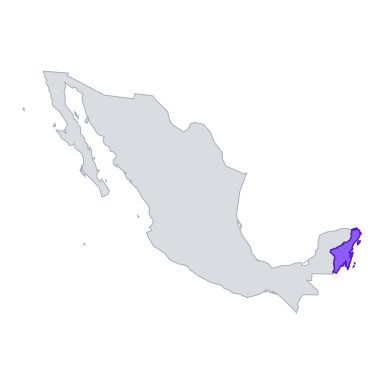 Mexico, with Quintana Roo highlighted
{"feature_id": "MEX-2736", "entity_name": "Quintana Roo", "entity_type": "State", "adm_level": 1, "iso_a3": "MEX", "parent_name": "Mexico", "parent_adm1": "", "projection": "albers", "projection_center": [-87.753, 19.756], "detail": "fine", "context": "in_parent", "style": "filled", "palette": "violet", "viewbox_px": 384, "rotation_deg": 0, "n_neighbors": 0, "source": "natural_earth", "source_scale": "10m", "svg_char_len": 8846}
<svg xmlns="http://www.w3.org/2000/svg" viewBox="0 0 384 384"><path d="M43.4,71.2L68.5,73.2L67.0,75.4L104.3,95.1L133.9,98.9L134.6,93.6L152.9,95.9L155.7,100.0L167.6,111.5L169.8,120.5L171.8,124.0L183.4,131.9L187.5,129.7L191.0,123.7L194.8,122.6L203.5,124.4L210.2,132.0L214.4,142.6L222.2,152.5L222.3,158.4L225.6,165.9L244.0,174.0L246.6,173.0L239.8,191.6L236.5,214.1L237.1,219.0L241.8,225.8L240.5,229.3L241.0,225.7L237.2,220.0L238.2,225.1L242.6,236.1L250.3,246.8L251.9,253.2L257.4,260.0L255.8,259.7L259.1,261.5L258.1,260.5L264.2,261.6L268.5,264.0L272.2,268.3L282.7,265.5L290.3,265.3L295.5,263.0L300.9,262.6L301.9,263.6L301.5,264.9L305.8,265.9L308.8,263.9L308.1,260.6L306.7,261.4L307.0,260.7L315.1,255.3L315.7,250.7L318.0,248.1L318.2,240.8L319.8,235.3L325.9,232.2L336.5,230.6L341.1,228.8L346.3,228.4L354.8,230.3L355.5,229.0L353.2,229.0L356.1,228.1L359.6,230.5L360.2,233.8L358.4,238.2L352.9,244.9L352.6,249.4L349.9,252.1L350.3,253.1L352.8,252.8L350.2,255.6L350.2,256.7L352.0,256.3L348.5,267.6L347.6,268.6L345.8,266.0L345.4,261.8L342.9,266.2L340.3,266.5L337.0,272.3L333.3,272.2L332.9,274.1L311.9,273.7L311.7,280.5L306.9,280.4L318.2,291.1L317.8,294.9L302.8,294.6L297.1,304.1L298.6,306.5L296.5,312.8L286.0,301.7L277.5,294.1L272.3,291.1L271.6,291.8L276.5,294.4L268.9,291.9L269.5,290.2L267.4,290.9L266.2,289.2L264.8,290.9L267.3,291.8L263.4,292.0L259.5,294.3L247.1,297.6L239.4,294.1L232.9,293.0L228.6,289.8L224.2,288.4L221.6,285.4L211.0,282.5L198.1,275.7L189.9,269.6L186.6,265.6L177.7,263.6L169.5,259.6L164.7,253.1L153.7,246.2L148.3,237.5L146.7,232.4L151.6,230.5L151.1,228.4L149.1,227.5L152.5,224.1L153.3,219.6L151.0,217.9L149.0,213.2L149.5,209.1L148.2,205.3L142.2,197.8L137.3,188.9L129.0,180.8L131.4,182.4L131.8,180.9L127.1,178.8L124.2,172.8L126.7,173.3L120.1,168.7L119.4,166.7L116.7,167.1L116.3,166.2L118.6,164.2L115.0,165.5L113.2,163.6L113.2,159.9L116.1,157.0L116.9,157.7L115.6,154.2L113.6,151.8L110.7,151.5L109.2,146.8L105.8,145.3L103.9,143.1L102.9,139.0L104.2,136.6L98.0,134.5L88.7,120.5L88.5,117.5L87.0,116.3L82.1,100.0L82.2,95.2L83.2,93.8L77.5,90.9L76.4,88.3L74.6,87.1L72.3,88.2L64.9,82.3L65.9,85.5L64.0,91.1L65.1,96.0L65.3,104.9L72.5,113.9L74.4,119.5L75.7,119.5L76.1,121.1L77.3,121.5L78.0,125.1L80.2,126.4L80.6,133.7L84.4,137.9L85.3,142.1L87.1,143.7L87.9,148.7L89.5,150.1L89.0,146.4L91.1,148.8L92.6,160.1L95.0,163.6L97.7,172.0L96.7,175.2L97.1,178.3L99.9,181.6L101.5,178.9L109.3,190.4L108.0,194.1L104.0,196.5L102.0,196.6L99.2,187.5L86.3,174.2L85.0,174.2L82.5,170.2L82.3,167.7L83.8,162.5L83.3,157.3L81.6,153.4L75.3,148.0L74.5,143.5L73.0,145.1L69.4,145.4L67.2,142.1L61.2,138.1L60.6,135.4L56.3,131.1L56.1,129.7L60.9,131.2L64.0,130.6L63.8,131.8L66.1,133.3L65.6,130.3L64.5,130.0L67.7,124.5L60.0,112.1L53.0,106.1L52.0,103.5L52.6,99.5L50.9,97.8L51.0,93.2L48.9,90.8L49.0,88.0L46.3,83.2L46.0,81.2L47.3,80.0L45.2,77.9L43.4,71.2ZM88.3,120.6L87.1,123.3L84.7,122.0L86.3,118.0L87.8,117.7L88.3,120.6ZM78.3,118.6L75.1,115.0L74.6,111.8L76.3,113.1L76.5,114.9L78.2,115.6L78.3,118.6ZM358.3,244.0L357.4,243.1L357.9,241.8L360.3,240.7L358.3,244.0ZM82.2,173.7L80.0,170.5L82.3,164.8L81.2,170.0L82.2,173.7ZM55.1,126.8L53.2,126.1L55.0,123.2L55.5,125.6L55.1,126.8ZM24.3,111.0L23.0,108.7L23.5,107.8L24.1,108.0L24.3,111.0ZM84.4,174.1L85.6,176.7L82.6,174.0L84.4,174.1ZM139.0,216.7L138.6,217.6L137.8,217.1L137.6,215.4L139.0,216.7ZM98.9,170.1L99.3,171.9L97.9,169.4L98.9,170.1ZM94.2,157.3L95.0,158.2L93.4,159.7L94.2,157.3ZM85.1,244.9L84.4,245.0L83.5,244.2L84.5,243.3L85.1,244.9ZM304.5,262.8L302.6,263.2L305.9,262.2L304.5,262.8ZM106.3,181.5L105.4,181.1L105.5,179.4L106.3,181.5Z" fill="#d9dde1" stroke="#a8b0b8" stroke-width="1"/><path d="M341.8,266.1L341.6,265.9L341.0,266.1L340.7,266.0L340.2,266.4L340.0,267.2L339.9,267.6L339.8,267.8L339.4,268.2L339.3,268.4L339.2,269.0L338.9,269.3L338.6,269.5L338.3,269.7L338.4,269.9L338.3,270.0L338.0,270.5L337.9,271.0L337.4,271.6L337.1,272.1L337.0,272.3L336.4,272.7L336.4,272.8L336.3,273.1L336.2,273.2L335.5,272.8L335.4,272.5L335.0,272.4L334.5,271.9L334.2,271.8L333.3,272.2L333.1,272.4L333.0,271.4L334.1,270.1L334.4,269.4L334.4,268.6L334.3,267.8L334.1,266.7L334.3,266.2L334.3,265.9L334.0,265.7L334.2,265.3L334.1,264.7L333.7,264.2L333.6,263.5L334.0,261.1L333.9,260.2L334.5,259.7L334.6,259.4L334.6,258.9L334.6,257.9L334.7,257.1L334.5,256.3L333.4,254.9L332.0,253.6L331.3,253.1L330.7,252.5L330.2,251.9L330.4,251.4L330.7,250.6L330.8,250.2L330.8,249.8L331.0,249.7L331.4,249.7L332.7,249.6L333.2,249.0L334.0,248.7L334.3,248.5L335.6,248.5L335.8,248.4L336.0,248.3L336.1,248.2L336.8,247.5L337.1,247.7L337.3,247.9L337.4,247.7L337.6,247.2L338.3,246.7L339.4,246.2L340.0,246.1L340.6,245.7L341.3,245.5L341.8,244.9L342.1,244.1L342.4,243.9L342.8,243.9L343.0,244.2L343.1,244.5L343.4,244.5L343.4,244.1L343.2,243.6L343.4,243.2L343.8,242.5L344.1,242.3L344.5,242.2L344.8,242.4L345.1,242.6L345.5,242.4L346.2,242.5L346.4,242.4L347.4,241.9L348.3,241.1L348.7,240.8L349.3,240.3L350.0,239.9L350.4,239.2L350.5,238.7L350.7,238.4L350.8,238.0L350.9,237.6L351.6,236.2L351.5,235.4L351.0,234.3L351.0,233.9L351.2,233.1L351.6,232.5L351.7,232.0L351.5,229.6L351.9,229.6L352.1,229.8L351.9,229.9L352.0,230.0L352.7,229.9L353.0,230.0L353.6,230.2L354.3,230.2L354.7,230.3L354.9,230.3L355.7,229.9L355.8,229.8L356.1,229.4L356.0,229.1L356.1,228.9L355.9,228.8L355.6,228.8L355.3,228.9L354.7,229.3L354.4,229.3L353.9,229.1L353.6,229.0L353.3,229.3L353.1,229.4L353.2,229.5L352.9,229.4L352.9,229.2L353.5,228.7L353.8,228.7L354.5,228.9L354.8,228.8L356.1,228.2L356.3,228.1L357.1,228.4L357.3,228.5L357.6,228.8L358.2,229.7L358.4,230.0L358.5,230.3L358.8,230.3L359.1,230.3L359.4,230.3L359.5,230.4L359.7,231.2L359.6,231.8L359.6,232.4L359.7,233.2L359.9,233.7L360.5,233.6L360.0,234.8L360.0,235.1L359.7,235.3L359.5,235.5L359.5,236.0L359.3,236.6L359.0,237.3L358.3,238.5L357.2,239.7L357.0,240.1L356.9,240.2L356.2,240.6L356.1,240.8L355.6,241.1L355.0,241.8L353.6,243.8L353.5,244.2L353.4,244.2L353.3,244.3L353.3,244.5L353.0,244.8L352.8,245.1L352.6,245.4L352.4,246.4L352.3,246.9L352.3,247.9L352.4,248.2L352.7,248.7L352.7,248.9L352.7,249.1L352.6,249.5L352.4,249.6L352.2,250.3L352.2,249.7L352.4,249.6L352.5,249.5L352.6,249.4L352.6,248.8L352.4,248.6L352.3,248.2L352.2,248.2L352.1,248.3L352.3,248.6L352.3,248.9L352.3,249.2L352.5,249.1L352.0,249.8L351.7,250.1L351.4,249.9L351.3,250.0L351.1,250.2L350.8,250.5L350.6,250.9L350.5,251.3L350.3,251.6L350.2,252.0L349.9,252.1L350.1,252.1L350.2,251.9L350.2,251.7L349.3,251.6L349.2,251.7L349.2,252.2L349.2,252.4L349.4,252.6L349.7,252.8L349.8,252.9L350.2,253.0L350.0,253.7L350.4,253.6L350.6,253.2L351.3,253.0L351.6,253.0L351.9,253.2L352.0,253.2L352.0,252.9L352.3,253.0L352.4,252.9L352.5,253.0L352.4,253.1L352.7,253.1L352.8,252.9L352.8,252.7L352.7,252.6L352.7,252.8L352.3,252.9L352.0,252.8L351.7,252.7L351.9,252.7L352.6,252.8L352.6,252.6L352.7,252.3L352.7,252.1L353.0,252.8L352.9,253.1L352.8,253.9L352.6,254.1L352.5,254.3L352.3,254.5L352.0,254.6L351.7,254.9L351.6,255.0L351.2,255.0L351.4,255.0L351.5,254.8L351.6,254.5L351.2,254.6L350.7,254.9L350.2,255.3L350.1,255.8L350.3,255.5L350.2,255.7L350.1,255.9L350.0,256.1L349.9,256.6L349.9,256.9L350.0,257.0L350.3,257.1L350.6,256.9L350.9,256.6L351.1,256.4L351.1,256.1L351.5,255.9L352.0,255.9L351.8,256.3L352.2,255.9L352.4,255.9L352.4,256.0L352.2,256.1L352.0,256.3L351.7,256.8L351.6,257.1L351.5,257.7L351.3,257.9L351.4,258.2L351.0,259.2L350.8,259.6L350.6,261.1L350.2,262.6L349.5,263.7L349.3,264.1L349.2,264.6L349.3,265.2L349.3,265.4L349.1,265.7L349.1,265.9L349.0,266.7L348.9,267.0L348.4,267.8L348.3,268.2L348.1,268.5L348.1,269.5L347.9,268.9L347.7,269.2L347.5,268.9L347.7,268.7L347.8,268.4L347.8,267.9L347.7,268.2L347.6,268.4L347.5,268.2L347.7,267.8L347.5,267.6L347.5,267.3L347.4,267.2L347.1,267.1L347.0,266.9L347.0,266.5L346.9,266.5L346.4,266.4L345.8,266.0L345.5,265.9L345.4,265.9L345.4,265.7L345.4,265.4L345.8,265.0L345.7,264.7L345.8,264.4L346.0,264.2L346.2,263.7L346.3,263.5L346.1,263.3L346.2,263.1L346.2,262.6L346.2,262.4L345.9,261.8L345.9,261.3L345.6,261.5L345.3,261.8L345.1,262.2L344.9,262.9L344.8,263.1L344.7,263.1L344.7,262.6L344.6,262.8L344.4,262.9L344.1,262.9L343.5,263.5L343.4,263.7L343.6,263.6L343.8,263.4L344.0,263.2L344.1,263.5L344.3,263.4L344.5,263.4L344.5,263.5L344.3,263.6L344.0,264.2L343.8,264.6L343.4,265.2L343.4,265.3L343.1,265.7L343.0,265.9L342.9,266.0L342.0,266.1L341.8,266.1ZM360.4,240.7L360.5,240.5L360.1,241.5L359.9,241.9L359.4,242.4L359.0,243.2L358.9,243.4L358.7,243.6L358.6,243.8L357.9,244.5L357.7,244.6L357.6,244.2L357.4,243.7L357.4,243.4L357.4,242.9L357.5,242.4L358.0,241.6L358.3,241.1L358.7,240.9L358.8,240.8L359.5,241.1L359.9,240.9L360.0,240.9L360.4,240.7ZM353.9,265.4L354.0,265.2L354.0,265.4L354.0,266.0L353.9,266.4L353.5,267.0L353.4,267.0L353.8,266.4L353.9,266.1L353.9,265.4ZM354.6,263.0L354.8,263.1L354.9,263.7L354.9,264.0L354.7,264.3L354.8,263.9L354.6,263.0ZM361.0,233.2L360.7,233.1L360.5,232.7L360.4,232.3L360.5,232.1L360.5,232.4L360.7,232.7L361.0,233.2Z" fill="#8b5cf6" stroke="#5b21b6" stroke-width="1.5"/></svg>